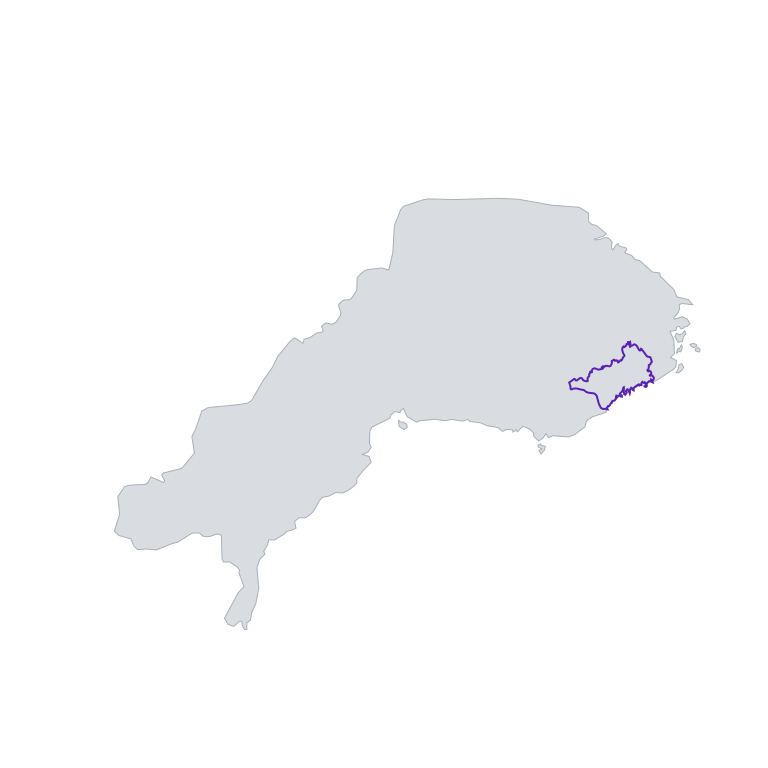 location of Satakunta within Finland, rotated 240°
{"feature_id": "FIN-3192", "entity_name": "Satakunta", "entity_type": "Region", "adm_level": 1, "iso_a3": "FIN", "parent_name": "Finland", "parent_adm1": "", "projection": "albers", "projection_center": [22.046, 61.595], "detail": "fine", "context": "in_parent", "style": "outline", "palette": "violet", "viewbox_px": 768, "rotation_deg": 240, "n_neighbors": 0, "source": "natural_earth", "source_scale": "10m", "svg_char_len": 8005}
<svg xmlns="http://www.w3.org/2000/svg" viewBox="0 0 768 768"><g transform="rotate(240 384 384)"><path d="M322.5,333.6L319.5,322.7L315.8,313.4L312.0,311.0L310.6,307.3L309.8,299.7L310.3,293.8L314.1,288.0L314.5,280.2L316.6,274.0L315.4,270.0L308.9,258.9L307.9,255.3L307.4,249.1L310.7,243.4L309.6,237.8L303.2,235.7L303.3,232.3L304.9,226.6L303.9,221.7L303.7,211.1L306.7,206.4L302.9,202.7L299.2,196.1L296.2,195.8L294.2,188.7L288.6,182.2L269.6,173.3L258.0,163.2L251.9,154.9L246.2,150.2L245.8,145.9L239.9,142.4L241.1,140.5L245.7,140.5L249.5,142.3L250.9,140.0L249.4,133.8L249.7,132.2L254.0,128.7L261.0,128.8L276.2,153.5L278.7,161.5L293.2,164.0L294.8,165.9L298.8,165.4L307.1,161.4L310.1,155.9L313.3,156.2L334.4,167.6L337.5,164.7L339.0,157.2L340.5,153.8L342.7,151.2L347.4,149.5L350.8,143.3L350.2,126.0L351.7,121.0L354.1,103.9L359.8,95.9L363.8,87.8L368.2,86.4L376.4,87.4L385.3,78.7L391.4,77.0L403.5,90.0L419.6,97.2L424.9,108.4L423.5,113.3L416.5,126.9L416.6,130.3L420.0,135.7L408.8,143.9L409.9,145.7L416.3,145.9L417.2,148.4L412.4,165.3L412.5,168.2L419.0,185.3L434.5,191.3L439.4,198.6L451.7,212.7L451.5,220.0L438.6,248.4L435.7,256.2L435.8,260.9L447.5,281.1L454.2,295.7L461.1,306.0L467.7,323.4L468.7,329.6L459.8,334.1L462.7,337.1L461.2,343.0L461.8,351.1L459.8,356.6L460.5,358.0L465.1,358.6L465.9,362.1L465.8,364.4L461.6,369.0L461.6,373.2L464.9,380.2L467.3,382.4L474.9,383.8L476.0,385.6L476.9,390.8L474.2,396.4L474.4,398.4L478.7,407.3L489.4,413.8L491.2,419.3L491.7,423.0L491.5,426.5L485.5,440.3L480.3,445.1L493.3,457.3L515.9,472.1L526.8,485.8L528.1,489.8L524.1,509.5L522.1,515.0L507.9,538.3L487.7,575.8L477.0,592.5L455.2,618.3L439.4,641.4L430.0,646.5L422.1,642.4L418.3,643.8L414.9,647.3L403.0,651.6L402.3,648.2L404.2,638.7L403.1,639.0L401.2,643.5L400.4,648.6L398.3,651.3L393.3,652.7L388.1,648.9L385.7,649.1L388.6,655.1L388.5,656.9L385.9,656.7L380.6,661.8L379.3,661.8L377.4,658.0L371.7,662.6L366.2,663.7L363.0,667.1L346.7,672.5L342.3,678.3L339.2,677.1L320.8,682.3L313.1,681.2L304.8,689.8L298.3,691.0L304.8,682.2L305.1,679.2L301.5,677.8L298.9,674.8L296.4,668.2L295.1,667.8L293.0,676.1L288.6,679.1L283.1,679.1L282.4,675.4L283.3,672.0L282.5,671.5L283.3,668.8L286.1,668.5L286.8,667.2L286.8,665.5L284.5,664.0L286.6,658.1L277.0,656.9L265.1,650.7L263.6,645.4L258.0,649.1L252.8,645.2L252.1,642.7L250.8,623.0L251.4,617.5L254.4,610.9L255.4,604.3L255.3,592.2L257.0,592.2L255.1,588.1L257.8,587.2L258.2,585.8L252.1,566.4L248.5,561.9L251.4,548.0L251.2,544.8L250.7,540.9L246.4,536.5L244.8,524.1L246.0,517.1L254.7,504.6L255.2,499.7L260.0,499.4L257.8,494.9L257.2,489.5L264.1,487.5L266.7,489.2L272.7,487.2L278.0,483.2L276.0,475.6L278.7,475.3L277.8,473.5L278.0,471.6L280.1,472.4L283.5,467.1L283.6,463.0L289.5,460.8L296.2,452.5L302.3,448.0L308.6,439.6L311.3,439.1L312.6,433.5L319.4,425.0L321.8,418.3L328.1,410.3L334.1,396.8L334.7,393.1L344.2,387.7L353.1,388.7L352.7,385.4L351.3,383.4L354.7,379.7L353.7,374.4L351.4,371.9L352.7,351.8L349.9,347.9L339.6,341.6L335.5,341.2L333.0,336.1L333.9,330.0L328.6,334.9L322.5,333.6ZM273.1,659.6L279.8,659.6L281.6,662.7L278.6,664.7L278.4,667.2L280.0,670.9L277.0,671.0L274.9,666.7L271.6,663.8L273.1,659.6ZM341.6,381.4L337.9,383.6L334.8,382.5L334.6,378.6L339.7,375.8L345.2,378.4L342.6,379.3L341.6,381.4ZM249.0,485.0L248.7,488.3L252.4,486.0L253.9,487.0L253.7,489.9L252.4,489.3L249.3,492.5L246.5,489.7L244.9,485.0L249.0,485.0ZM253.2,649.2L252.8,651.9L248.7,652.1L247.1,649.3L246.3,644.6L247.9,642.6L248.9,645.2L253.2,649.2ZM269.2,660.8L267.0,661.0L264.0,658.0L263.6,656.9L264.8,656.2L264.3,652.8L266.6,654.7L267.9,656.9L266.6,657.4L269.2,660.8ZM264.4,672.5L261.4,674.5L260.3,674.0L260.6,670.5L262.3,669.0L265.3,668.8L264.4,672.5ZM258.3,674.4L255.7,675.0L254.0,673.2L256.5,670.5L258.5,670.7L258.9,672.4L258.3,674.4Z" fill="#d9dde1" stroke="#a8b0b8" stroke-width="1"/><path d="M252.3,618.2L251.8,617.6L251.1,617.5L251.9,616.9L253.6,617.8L254.4,617.5L254.0,617.1L253.6,616.4L253.5,615.7L253.9,615.0L253.6,613.6L253.4,613.0L253.1,612.5L253.4,612.5L254.1,612.1L253.9,612.2L253.7,612.1L253.3,611.8L253.7,610.9L253.3,610.9L253.7,610.6L254.1,610.4L255.1,610.5L255.0,609.9L254.9,609.7L255.8,609.2L256.7,608.9L256.3,607.7L255.7,607.1L254.3,606.4L254.6,605.8L255.0,605.5L255.3,605.2L255.1,604.4L256.3,604.4L256.3,603.9L256.2,603.6L256.3,602.5L256.3,601.9L256.3,601.6L256.0,601.4L255.9,601.1L255.9,600.8L256.0,600.2L256.0,599.9L255.8,598.7L255.6,598.3L255.2,597.9L254.8,597.6L254.0,597.3L253.6,597.0L254.5,596.5L256.3,596.7L257.2,596.2L256.8,595.3L256.3,594.7L255.4,593.7L253.5,592.7L252.9,592.1L256.7,592.7L257.8,592.1L257.2,590.4L257.0,590.1L256.6,589.9L255.8,590.2L255.4,590.1L254.3,588.4L254.1,587.8L254.0,587.5L254.2,587.4L254.7,587.2L255.4,587.0L258.7,588.5L260.5,589.8L261.3,590.1L261.3,589.7L259.4,587.7L258.4,586.2L257.8,583.6L257.3,583.2L256.7,582.8L256.3,582.3L256.2,581.8L256.5,580.9L256.4,580.5L255.7,579.0L255.8,578.6L256.3,578.8L257.2,579.6L257.7,579.4L256.9,578.5L255.0,577.1L254.4,575.7L254.5,575.0L254.8,574.2L255.0,573.4L254.9,572.6L254.5,572.3L254.1,572.1L253.7,571.7L253.9,570.8L253.0,569.6L252.6,568.7L252.4,568.0L252.6,567.7L252.9,567.3L252.9,566.9L252.4,566.5L252.2,566.1L252.2,565.5L252.0,565.1L251.8,565.0L250.5,565.0L250.2,565.0L250.8,564.1L251.6,563.6L252.2,562.6L252.7,561.6L253.3,560.8L254.7,560.0L256.2,559.9L259.5,560.2L267.5,562.3L269.9,561.8L271.2,560.8L274.4,556.5L275.8,555.3L278.9,554.0L280.1,552.6L280.6,551.9L283.6,548.8L284.6,547.3L285.0,546.4L285.3,545.2L285.7,543.4L286.6,543.2L289.0,544.4L292.7,545.1L292.8,546.8L293.3,551.0L293.1,551.6L292.5,551.8L291.4,551.8L290.9,552.3L290.7,553.2L290.8,554.0L291.0,554.8L291.0,555.5L291.0,556.6L291.1,557.0L291.0,557.3L290.4,557.9L289.8,558.3L288.0,558.4L286.9,558.9L286.0,559.7L284.8,561.2L284.8,561.9L287.4,563.3L287.9,564.3L288.0,565.1L288.5,565.9L289.3,566.3L289.7,566.4L290.2,567.1L290.3,567.7L290.6,568.3L291.5,568.7L291.5,569.2L290.5,569.5L290.3,569.7L290.3,570.1L291.1,570.3L291.7,570.8L292.6,571.9L292.6,573.4L292.1,574.4L291.2,575.3L290.2,576.0L289.6,576.5L289.0,577.4L288.6,578.8L288.1,580.0L287.9,580.7L288.0,581.3L288.3,581.9L288.6,581.8L288.8,581.3L289.3,580.7L289.7,581.2L289.9,582.4L289.4,583.3L288.8,583.4L288.7,583.8L288.9,584.8L288.2,586.3L286.5,588.1L286.5,589.3L287.6,591.2L288.6,592.1L289.4,592.4L290.1,592.9L290.0,593.4L289.9,594.1L290.1,594.7L290.2,595.0L290.1,595.3L288.7,595.6L288.5,595.8L288.5,596.0L288.6,596.6L288.4,596.9L288.2,596.9L288.0,597.1L287.8,597.4L287.7,597.7L287.3,597.9L286.6,597.6L285.7,597.5L285.5,597.9L286.1,600.0L286.3,600.4L286.3,600.8L285.7,601.2L285.8,601.7L286.0,602.1L287.6,604.5L287.8,605.0L287.9,605.5L288.0,606.0L288.4,606.4L288.9,606.6L290.8,606.5L294.3,607.2L295.9,608.4L296.5,609.2L296.7,610.4L295.9,610.4L295.8,611.1L295.9,611.8L296.3,612.9L296.8,613.6L297.2,613.8L297.3,614.2L296.6,614.9L296.2,615.4L296.0,615.7L296.2,616.3L296.6,616.3L298.0,616.0L298.3,616.2L298.2,616.7L298.0,616.8L297.5,617.1L297.3,617.5L297.4,618.2L296.0,617.7L293.6,615.6L293.2,615.6L293.2,616.4L293.5,616.7L293.6,617.4L293.3,618.2L293.1,618.6L293.3,620.3L292.6,621.2L291.3,621.8L290.3,622.0L285.9,621.9L285.2,622.2L284.9,622.9L285.8,624.0L286.0,624.2L285.7,624.5L276.5,625.6L275.6,626.2L274.4,627.8L273.8,628.0L269.5,627.2L269.0,626.6L269.0,626.2L268.7,625.4L268.0,624.6L267.8,624.1L267.8,623.9L267.9,623.5L267.9,623.1L268.0,622.8L267.3,622.3L266.6,622.1L264.9,620.6L263.9,620.0L264.2,619.3L264.3,619.2L264.0,619.0L263.6,618.9L263.0,619.0L262.6,619.5L262.6,619.9L262.3,620.8L261.8,621.0L260.9,621.2L260.0,621.0L259.2,620.5L259.1,620.1L259.0,619.4L258.8,618.7L258.5,618.4L258.0,618.6L257.8,619.1L257.8,619.7L257.8,620.1L257.0,620.6L254.7,620.9L253.5,620.2L252.6,618.3L252.3,618.2ZM252.7,610.5L252.9,610.7L253.0,610.8L252.8,610.8L251.8,610.2L251.2,610.5L250.7,610.5L250.6,610.4L250.6,610.2L250.5,609.7L250.6,609.3L250.8,609.3L250.9,609.1L250.9,608.9L251.1,608.6L251.6,608.3L251.9,608.5L251.7,609.1L251.8,609.6L252.7,610.5ZM255.8,583.2L255.9,583.3L255.9,583.5L255.6,583.8L255.4,584.2L255.2,584.2L254.6,584.0L254.1,583.7L254.4,583.4L254.8,582.8L255.8,583.2Z" fill="none" stroke="#5b21b6" stroke-width="2"/></g></svg>